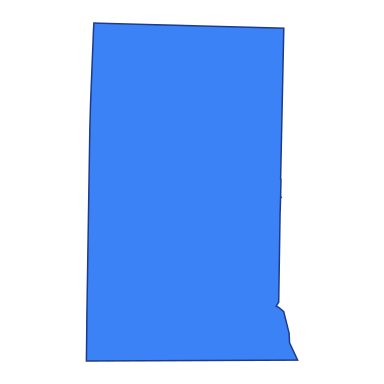 Alamance, North Carolina, United States of America (Robinson projection)
{"feature_id": "52423323B75735385248620", "entity_name": "Alamance", "entity_type": "district", "adm_level": 2, "iso_a3": "USA", "parent_name": "United States of America", "parent_adm1": "North Carolina", "projection": "robinson", "projection_center": [-79.37, 36.046], "detail": "fine", "context": "isolated", "style": "filled", "palette": "blue", "viewbox_px": 384, "rotation_deg": 0, "n_neighbors": 0, "source": "geoboundaries", "source_scale": "gbopen_adm2", "svg_char_len": 519}
<svg xmlns="http://www.w3.org/2000/svg" viewBox="0 0 384 384"><path d="M86.4,361.0L297.6,360.1L289.5,342.7L289.5,342.2L289.5,341.9L289.5,341.7L289.1,333.2L283.7,311.6L278.7,307.4L276.2,306.2L278.7,302.1L280.1,211.6L280.2,210.9L280.6,197.5L281.2,197.3L280.6,196.2L281.0,179.5L280.6,179.4L283.8,28.2L228.4,26.7L208.9,26.2L201.5,26.0L98.3,23.2L93.9,23.0L93.9,23.9L93.5,29.9L90.5,104.4L90.4,109.0L89.8,130.0L89.8,130.6L86.9,313.9L86.8,321.9L86.8,324.6L86.4,361.0Z" fill="#3b82f6" stroke="#1e3a8a" stroke-width="1.5"/></svg>